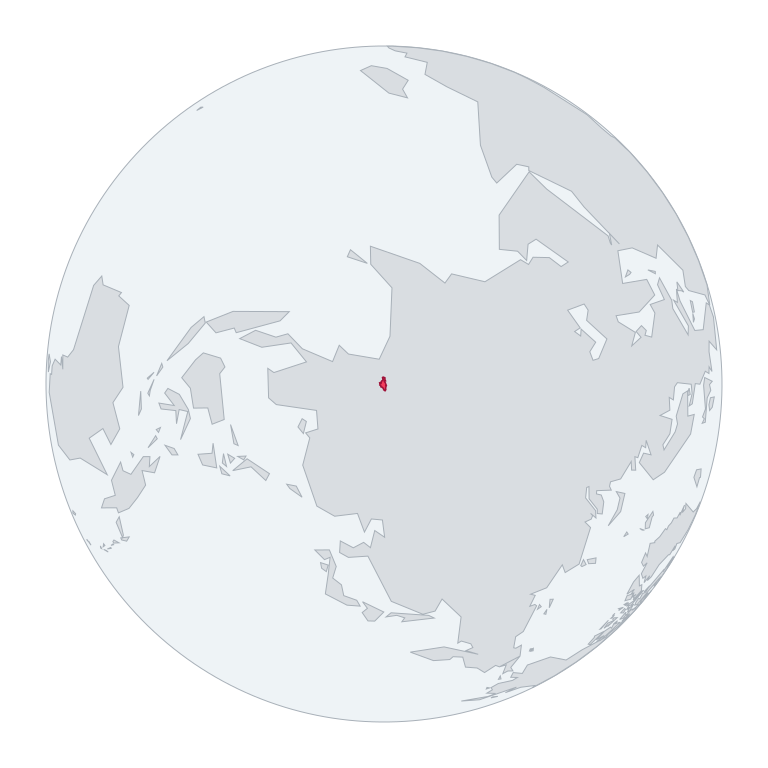 globe centered on Nagaland, rotated 130°
{"feature_id": "IND-2479", "entity_name": "Nagaland", "entity_type": "State", "adm_level": 1, "iso_a3": "IND", "parent_name": "India", "parent_adm1": "", "projection": "orthographic", "projection_center": [94.35, 26.119], "detail": "fine", "context": "on_globe", "style": "filled", "palette": "rose", "viewbox_px": 768, "rotation_deg": 130, "n_neighbors": 0, "source": "natural_earth", "source_scale": "10m", "svg_char_len": 12681}
<svg xmlns="http://www.w3.org/2000/svg" viewBox="0 0 768 768"><g transform="rotate(130 384 384)"><circle cx="384" cy="384" r="338" fill="#eef3f6" stroke="#a8b0b8"/><path d="M521.5,75.3L517.5,74.2L528.4,84.3L542.4,92.6L531.1,87.7L564.5,107.9L577.2,121.0L556.4,103.4L549.3,99.6L554.7,106.5L548.6,104.4L547.7,106.8L539.9,103.9L528.4,95.0L523.1,93.2L527.2,98.4L522.0,99.5L516.8,92.0L507.1,93.5L486.1,81.0L478.4,67.1L460.3,61.4L435.3,51.3L431.1,51.4L419.0,48.9L409.7,48.4L407.7,47.6L402.0,48.1L405.6,49.0L404.3,49.7L399.2,49.8L395.7,48.4L397.8,48.2L394.1,47.9L394.6,47.4L391.4,47.7L387.9,46.7L383.7,47.9L374.5,47.4L374.2,46.8L384.3,46.4L396.4,46.3L422.2,48.2L447.7,52.1L472.9,58.0L497.5,65.7L521.5,75.3ZM553.7,99.6L550.1,96.0L555.7,100.3L553.7,99.6ZM548.9,107.7L551.9,109.6L550.2,110.1L548.9,107.7ZM536.7,106.5L532.9,107.3L534.7,104.8L536.7,106.5ZM387.6,46.1L384.6,46.3L369.9,46.4L387.6,46.1ZM529.5,106.8L520.6,109.8L526.5,113.8L505.0,104.9L519.6,104.7L520.9,100.8L524.3,104.7L529.5,106.8ZM409.0,49.3L404.9,48.3L413.1,49.2L409.0,49.3ZM414.5,49.8L441.4,53.4L444.8,55.6L435.1,53.6L443.4,57.0L431.8,56.2L424.7,54.2L424.8,52.8L420.3,53.7L414.5,49.8ZM494.5,99.9L490.6,99.6L492.5,98.3L494.5,99.9ZM404.4,50.1L409.5,50.3L412.9,52.1L403.2,52.0L405.2,51.4L404.4,50.1ZM451.2,58.6L452.0,60.3L442.8,60.0L441.9,60.7L431.9,56.4L451.2,58.6ZM401.9,51.0L398.2,52.0L392.0,51.3L399.6,50.0L401.9,51.0ZM417.8,52.7L418.9,53.7L415.2,53.0L417.8,52.7ZM367.7,50.8L373.8,50.4L376.0,51.2L367.7,50.8ZM397.3,52.4L399.5,52.6L401.0,53.1L397.4,53.7L397.3,52.4ZM426.1,56.8L422.1,56.5L429.8,58.5L423.2,58.8L417.7,56.0L417.3,57.4L415.3,57.5L413.1,55.2L426.1,56.8ZM398.5,55.7L389.2,53.2L377.4,53.4L375.1,52.5L394.4,52.5L398.5,55.7ZM407.2,55.6L401.3,55.4L401.4,54.1L405.5,53.5L407.2,55.6ZM420.7,60.2L432.2,60.4L433.0,61.0L420.7,60.2ZM395.0,55.9L397.3,56.6L394.2,56.1L395.0,55.9ZM412.8,59.0L416.8,58.8L417.6,59.6L412.8,59.0ZM398.7,58.3L395.7,57.3L398.4,56.7L398.7,58.3ZM405.1,58.8L405.3,59.9L401.2,57.1L406.7,58.6L405.1,58.8ZM412.9,59.7L414.7,60.1L411.2,59.7L412.9,59.7ZM390.0,61.7L384.2,58.3L390.2,56.7L395.1,60.1L390.0,61.7ZM100.5,200.2L114.2,185.1L109.5,195.4L116.5,210.6L115.6,215.8L104.7,228.2L101.7,263.8L112.8,256.4L120.2,281.4L131.6,290.5L153.6,265.8L135.0,250.0L141.8,233.8L164.8,234.8L182.5,250.1L185.8,244.5L182.9,224.6L195.6,218.7L183.0,217.1L181.7,224.6L173.8,224.3L174.4,217.5L178.9,215.4L176.0,209.1L155.5,222.1L152.0,231.2L139.1,223.5L132.1,238.3L125.6,241.2L134.9,217.4L140.6,211.2L150.9,182.6L143.8,188.2L133.6,216.0L132.9,211.7L123.2,221.1L130.1,210.6L143.2,180.3L137.2,174.4L114.7,189.3L114.4,185.5L120.9,174.7L144.0,151.1L142.2,162.5L150.4,155.7L163.6,140.8L161.9,146.0L167.1,141.8L167.7,146.1L181.1,141.9L183.6,145.8L201.0,135.1L204.6,136.1L193.3,141.8L186.7,148.5L194.4,160.1L199.4,159.6L210.2,152.1L210.9,156.9L220.3,148.2L230.7,152.3L225.9,140.6L238.4,133.0L251.3,131.3L254.5,127.1L233.5,130.2L225.9,133.5L220.8,139.5L199.4,148.7L194.1,147.0L213.3,130.6L207.9,126.8L225.2,117.0L271.3,112.4L284.3,116.2L280.1,137.9L270.1,140.7L266.6,133.9L258.6,147.0L264.6,142.6L265.3,147.0L277.3,142.2L278.4,145.1L288.2,135.8L290.8,139.0L284.5,144.8L304.6,141.7L313.3,147.6L317.4,145.5L319.2,141.7L329.0,152.5L331.6,150.6L329.4,146.2L333.0,139.9L343.3,133.3L346.1,137.3L342.8,140.2L340.1,153.1L330.8,161.1L333.0,162.2L341.7,156.3L345.0,140.5L350.4,135.5L350.3,142.6L350.7,139.6L354.3,138.4L360.5,141.3L361.2,133.5L396.5,118.8L412.0,124.0L407.9,131.2L435.5,128.4L450.8,136.6L448.7,132.3L460.6,129.4L455.9,126.7L455.8,124.5L484.1,118.2L492.9,120.7L502.7,115.1L501.7,113.2L495.7,110.9L505.0,104.9L526.5,113.8L527.8,117.6L540.4,121.5L541.7,130.1L548.5,139.6L542.6,148.1L548.5,155.8L552.8,156.5L564.1,168.3L572.5,191.5L546.8,169.0L530.5,138.1L535.5,149.8L528.8,146.5L527.2,150.5L531.2,159.5L535.1,160.9L512.9,175.2L511.4,201.3L525.1,198.9L535.4,206.2L545.8,238.7L526.2,285.7L539.7,299.8L541.6,309.7L532.3,316.6L529.2,302.2L518.4,297.8L518.1,289.2L502.2,296.9L501.0,285.0L489.2,297.8L495.5,306.9L510.0,303.8L500.2,321.1L517.0,336.8L520.7,356.9L498.4,394.1L473.0,406.2L471.8,412.6L460.9,405.7L447.6,418.7L469.0,453.3L468.8,463.5L446.7,483.1L446.0,475.7L416.9,457.6L412.3,481.6L434.4,501.2L442.0,523.7L425.4,516.9L417.6,496.9L407.3,489.9L409.5,469.2L399.9,437.8L383.1,443.2L383.9,430.5L368.1,403.6L343.6,410.1L305.2,439.7L300.8,471.1L287.2,483.0L268.6,434.1L267.5,402.2L256.2,403.0L240.8,372.4L201.0,359.3L199.5,350.1L191.1,351.3L180.9,338.6L180.2,323.8L172.1,321.3L175.3,360.6L184.3,363.5L197.7,354.1L196.4,367.0L206.7,382.2L180.6,404.4L128.2,409.2L130.1,384.7L126.5,307.5L130.5,301.3L130.8,300.4L131.2,298.9L123.7,308.2L125.4,293.7L119.8,344.5L115.8,364.2L127.4,410.3L124.6,412.7L130.4,423.6L157.6,426.8L156.2,434.4L139.1,463.6L107.6,493.5L115.9,526.8L120.5,551.6L109.8,557.6L119.9,578.2L115.8,579.1L121.6,589.6L123.4,596.1L123.1,598.5L119.8,594.7L104.9,574.5L91.5,553.3L79.8,531.1L69.7,508.2L61.4,484.5L57.8,470.8L53.9,451.9L47.2,401.4L48.1,381.8L48.1,369.5L47.1,365.5L48.1,350.8L48.2,346.6L48.4,344.4L52.4,319.0L58.3,293.9L66.1,269.3L75.8,245.4L87.3,222.3L100.5,200.2ZM95.6,208.3L92.4,213.4L92.4,213.5L95.6,208.3ZM194.1,282.1L209.4,290.8L214.9,269.8L221.3,271.7L220.8,264.2L215.2,268.3L215.9,248.7L227.0,247.1L231.5,239.1L226.5,235.9L206.2,242.2L205.0,269.7L196.2,275.1L194.1,282.1ZM195.0,117.5L191.0,121.8L184.7,125.1L181.6,122.7L190.8,117.6L195.0,117.5ZM186.9,127.5L206.8,113.3L209.6,115.0L204.7,116.3L204.5,118.8L196.5,121.7L179.6,138.3L172.9,142.5L170.9,134.3L175.2,134.3L178.8,129.6L186.9,127.5ZM252.9,82.1L261.6,78.2L256.3,86.6L248.8,89.4L245.2,86.5L252.0,81.6L252.9,82.1ZM360.5,47.7L364.2,47.3L365.1,47.4L362.8,47.9L360.5,47.7ZM339.3,49.1L356.9,47.2L366.1,46.6L355.6,47.5L354.6,48.1L357.0,48.3L370.6,48.5L390.0,48.3L392.2,49.8L388.6,50.9L384.3,51.1L384.2,49.9L378.5,51.2L375.1,49.7L370.4,50.5L345.5,50.3L348.5,49.6L330.4,51.5L331.1,50.6L342.8,49.2L329.8,50.5L340.6,48.9L334.8,49.7L339.3,49.1ZM345.3,75.0L347.0,71.5L335.0,77.7L331.5,74.6L330.3,75.5L323.8,74.6L313.9,75.4L313.8,73.7L309.9,74.8L305.6,74.6L300.3,75.7L298.2,73.4L291.6,74.7L294.4,72.9L283.5,76.0L290.7,72.8L285.7,72.8L281.4,75.9L283.3,64.9L278.6,64.4L270.7,66.1L284.1,61.4L300.0,57.4L315.2,55.2L317.9,57.1L323.4,55.2L326.3,55.7L320.7,57.0L331.1,55.4L332.0,56.3L345.5,57.1L360.0,55.3L365.3,55.9L360.1,57.2L369.0,57.1L362.8,60.0L366.4,60.8L363.9,64.9L351.8,67.5L356.8,68.2L355.1,72.0L345.3,75.0ZM388.9,62.8L375.2,65.6L366.5,65.6L374.5,58.6L372.0,57.5L376.8,54.0L389.3,54.3L386.8,55.2L387.2,56.2L383.1,55.6L386.7,56.9L383.4,58.3L385.3,59.8L380.3,60.2L388.9,62.8ZM120.9,213.4L121.4,216.2L123.6,218.9L117.5,225.3L120.9,213.4ZM129.3,192.6L130.7,193.6L123.2,203.0L122.7,200.6L129.3,192.6ZM137.9,186.6L131.4,192.9L134.6,188.0L137.9,186.6ZM195.2,142.7L197.4,143.7L195.2,145.8L191.0,147.6L195.2,142.7ZM308.8,96.1L311.2,93.2L313.4,93.2L323.6,88.4L327.0,90.8L322.2,94.6L308.8,96.1ZM146.8,267.9L139.8,270.5L139.7,266.5L142.1,266.3L146.8,267.9ZM125.1,247.0L127.0,255.2L123.4,248.6L125.1,247.0ZM314.2,97.9L318.0,95.5L317.3,98.3L314.2,97.9ZM330.0,92.4L330.3,95.2L328.6,90.5L330.0,92.4ZM288.1,700.5L294.9,703.3L289.7,702.3L288.1,700.5ZM158.0,567.2L159.0,603.5L148.3,598.3L140.3,584.5L135.8,560.7L146.2,559.3L149.7,549.9L158.0,567.2ZM522.8,567.7L532.1,567.7L531.7,569.1L522.8,567.7ZM513.2,564.3L524.0,563.4L511.1,567.5L513.2,564.3ZM528.2,563.1L539.1,559.0L543.9,556.1L542.9,559.0L528.2,563.1ZM505.7,565.2L464.6,568.1L448.1,565.2L452.2,560.1L478.9,560.0L505.7,565.2ZM450.8,560.0L425.4,546.3L389.5,503.1L402.4,504.2L439.7,530.2L437.4,534.7L452.8,545.6L450.8,560.0ZM511.7,529.6L509.2,543.0L486.6,543.9L476.3,542.4L469.2,525.8L473.2,516.8L481.7,516.5L513.9,483.6L525.3,489.8L515.6,503.6L524.9,514.4L511.7,529.6ZM302.3,474.3L310.1,493.9L302.7,496.0L302.3,474.3ZM526.2,460.6L513.7,475.5L524.9,456.2L526.2,460.6ZM532.3,442.7L533.5,449.5L527.9,443.4L532.3,442.7ZM472.2,422.3L463.2,424.4L462.6,419.4L473.8,413.9L472.2,422.3ZM523.4,374.0L524.6,388.9L523.3,394.1L518.6,385.6L523.4,374.0ZM348.5,121.1L330.4,124.5L319.7,129.9L317.1,136.9L313.0,129.1L329.6,120.7L348.5,121.1ZM390.3,118.3L392.4,113.1L396.6,115.0L396.7,116.5L390.3,118.3ZM387.9,115.4L380.9,109.8L385.4,106.7L390.1,111.7L387.9,115.4ZM346.9,102.2L341.3,102.9L342.0,100.5L346.9,102.2ZM576.2,659.9L581.4,653.8L590.6,648.8L582.1,656.1L576.2,659.9ZM557.3,643.9L495.1,669.8L482.7,669.6L488.6,662.9L482.7,643.9L487.0,643.8L487.6,629.7L526.0,611.5L554.3,581.8L572.5,579.7L588.2,557.6L605.9,554.3L598.8,570.7L615.0,575.0L631.4,537.7L636.0,569.1L644.1,575.8L640.1,594.1L605.6,635.1L590.7,646.3L590.3,644.8L583.5,649.8L576.4,651.9L577.2,643.9L570.3,648.7L579.2,639.5L568.2,648.7L566.7,643.6L557.3,643.9ZM681.6,536.8L682.8,536.2L682.9,539.3L681.1,540.8L681.6,536.8ZM694.6,509.2L694.7,510.5L694.0,512.0L694.6,509.2ZM694.2,509.2L695.8,504.8L694.9,508.4L694.2,509.2ZM690.3,497.2L691.6,494.5L691.8,495.6L690.3,497.2ZM545.8,565.8L559.1,553.8L566.0,551.8L545.8,565.8ZM689.3,494.5L686.6,496.1L687.1,494.0L689.3,494.5ZM690.0,489.8L690.0,487.2L690.9,492.4L690.0,489.8ZM685.3,487.3L688.2,489.9L684.8,488.2L685.3,487.3ZM683.1,489.4L680.7,488.8L680.9,487.8L683.1,489.4ZM650.7,509.2L660.5,520.8L651.6,524.3L642.0,518.3L632.9,530.9L613.1,535.6L618.2,528.2L615.9,519.8L594.4,521.7L590.1,516.6L598.1,510.7L583.4,509.0L599.5,502.7L605.8,513.7L614.7,501.6L629.5,499.8L643.2,499.4L653.4,504.6L650.7,509.2ZM598.9,530.2L601.6,529.5L599.0,533.8L598.9,530.2ZM676.0,484.9L679.5,488.7L679.0,490.4L677.1,490.6L676.0,484.9ZM655.9,501.5L667.3,486.5L669.7,485.5L662.1,500.3L655.9,501.5ZM664.9,480.9L669.8,480.1L672.1,484.7L671.1,486.7L664.9,480.9ZM566.0,525.6L565.3,529.2L561.0,527.3L566.0,525.6ZM571.7,522.5L584.5,523.8L570.4,525.7L571.7,522.5ZM531.2,516.6L535.2,524.5L547.8,517.4L538.2,526.4L546.4,538.7L543.3,544.2L535.3,530.8L531.9,546.2L526.3,546.7L523.5,534.1L529.3,517.5L534.9,510.1L557.4,504.1L531.2,516.6ZM571.7,512.4L568.3,503.3L570.8,496.3L574.6,500.8L571.7,512.4ZM557.4,481.3L547.6,471.2L539.2,476.9L555.8,458.2L562.6,470.9L557.4,481.3ZM548.4,457.1L540.5,462.2L548.4,451.6L548.4,457.1ZM538.2,458.6L536.9,450.6L543.3,450.8L538.2,458.6ZM552.6,456.9L553.3,442.8L557.0,450.5L552.6,456.9ZM532.9,432.6L547.6,444.2L529.3,440.8L526.3,414.1L533.9,412.5L532.9,432.6ZM561.6,317.8L558.6,310.4L564.8,307.6L565.2,313.4L561.6,317.8ZM582.5,294.0L565.5,304.5L551.4,313.9L556.8,316.7L555.6,330.3L546.2,319.2L554.5,303.3L565.6,298.6L565.2,287.5L572.0,278.8L567.2,265.9L569.5,259.5L577.2,270.2L582.5,294.0ZM564.6,260.5L558.8,237.6L571.6,238.7L575.8,244.0L573.1,253.8L566.5,252.5L564.6,260.5ZM561.1,232.7L554.7,231.5L532.5,201.0L531.0,195.1L554.7,217.5L549.8,217.8L553.0,225.5L561.1,232.7ZM492.9,101.7L490.8,99.8L494.6,101.1L492.9,101.7ZM453.0,123.1L453.5,120.4L457.9,121.6L453.0,123.1ZM457.3,113.8L451.9,114.3L456.4,112.0L457.3,113.8ZM440.1,116.0L449.2,113.6L442.2,118.4L440.1,116.0Z" fill="#d9dde1" stroke="#a8b0b8" stroke-width="1"/><path d="M388.7,380.9L388.6,380.7L388.5,380.8L388.4,380.9L388.3,381.0L388.2,381.0L388.0,381.3L388.0,381.5L387.8,381.7L387.7,381.8L387.7,382.0L387.8,382.2L387.8,382.3L387.7,382.6L387.7,382.8L387.7,383.0L387.7,383.4L387.8,383.4L387.8,383.5L387.9,384.1L388.0,384.1L388.2,384.3L388.2,384.5L387.8,385.0L387.7,385.0L387.4,385.2L387.4,385.3L387.5,386.0L387.5,386.3L387.3,386.3L387.2,386.4L386.8,387.1L386.7,387.1L386.7,387.3L386.4,387.4L386.3,387.6L386.2,387.7L385.9,387.8L385.6,387.9L385.6,388.0L385.4,387.9L385.1,387.7L385.1,387.2L385.2,386.9L385.2,386.7L384.7,386.9L384.7,387.0L384.4,387.2L384.3,387.3L384.2,387.4L384.1,387.5L383.9,387.6L383.5,387.7L383.2,387.7L382.9,387.5L382.7,387.6L382.4,387.4L382.1,387.4L381.8,387.3L381.1,387.4L380.9,387.5L381.0,387.7L381.1,387.8L381.1,388.0L380.7,388.4L380.5,388.5L380.4,388.7L380.3,389.0L380.1,389.3L379.9,389.3L379.9,389.2L379.7,389.1L379.4,389.0L379.4,388.9L379.2,388.9L379.2,388.7L379.2,388.4L379.2,388.2L379.0,387.9L378.9,387.9L378.9,387.7L378.7,387.6L378.6,387.4L378.8,387.2L379.0,386.9L379.4,386.7L379.6,386.5L379.9,386.1L380.0,386.0L380.5,385.5L380.6,385.4L380.4,385.3L380.4,385.2L380.5,385.1L380.8,385.0L380.8,384.9L381.0,385.0L381.1,385.3L381.1,385.5L380.9,385.6L381.0,385.7L381.3,385.6L381.5,385.6L381.8,385.4L382.0,385.2L382.0,384.9L382.0,384.7L382.1,384.4L382.2,384.2L382.2,383.9L382.2,383.7L382.7,382.9L382.9,382.7L383.0,382.6L383.1,382.4L383.1,382.1L383.2,381.9L383.5,381.6L383.6,381.4L383.7,381.5L383.7,381.8L383.8,381.8L384.0,381.8L384.1,381.7L384.4,381.4L384.4,381.2L384.6,380.9L384.7,380.7L384.8,380.7L385.0,380.6L385.7,380.4L385.8,380.3L386.2,380.1L386.4,379.9L386.5,379.6L386.7,379.4L386.9,379.2L387.0,379.1L387.3,379.2L387.4,379.3L387.5,379.2L388.2,378.8L388.2,378.7L388.3,378.7L388.4,378.8L388.5,378.8L388.6,379.0L388.6,379.3L388.6,379.5L388.5,379.8L388.6,380.0L388.6,380.3L388.7,380.7L388.7,380.9L388.7,380.9Z" fill="#f43f5e" stroke="#9f1239" stroke-width="1.5"/></g></svg>